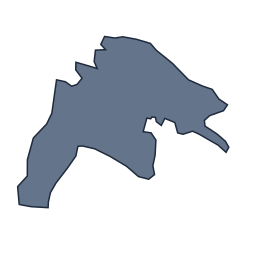 the district of Dzharkurgan, Surkhandarya, Uzbekistan, rotated 97°
{"feature_id": "79887680B28452062330935", "entity_name": "Dzharkurgan", "entity_type": "district", "adm_level": 2, "iso_a3": "UZB", "parent_name": "Uzbekistan", "parent_adm1": "Surkhandarya", "projection": "natural_earth1", "projection_center": [67.558, 37.554], "detail": "fine", "context": "isolated", "style": "filled", "palette": "slate", "viewbox_px": 256, "rotation_deg": 97, "n_neighbors": 0, "source": "geoboundaries", "source_scale": "gbopen_adm2", "svg_char_len": 1041}
<svg xmlns="http://www.w3.org/2000/svg" viewBox="0 0 256 256"><g transform="rotate(97 128 128)"><path d="M217.1,226.7L217.4,223.2L217.9,214.4L216.9,198.9L216.8,197.6L211.0,198.0L201.6,197.1L191.4,192.8L175.3,183.3L162.1,176.3L152.2,175.5L151.4,171.0L152.7,158.6L158.2,142.8L166.2,124.7L175.0,111.6L176.3,101.2L171.0,96.0L162.5,98.7L151.6,97.8L136.6,98.8L130.0,104.5L129.8,112.5L115.9,110.5L116.1,106.6L114.1,105.5L114.2,102.0L118.2,100.7L121.4,95.3L114.0,92.6L116.8,82.2L126.8,78.1L127.5,72.6L123.3,63.5L125.5,56.6L130.3,45.3L134.0,36.5L140.2,27.7L134.8,25.6L129.2,29.8L123.0,39.1L116.7,51.8L111.2,53.1L105.8,48.5L99.2,35.3L92.9,32.1L88.1,41.4L79.4,49.1L77.2,59.5L72.8,73.8L58.4,91.8L47.5,109.3L41.3,116.1L38.9,130.5L38.1,144.4L40.3,152.0L40.0,162.4L48.4,165.2L53.0,159.8L54.7,169.8L66.1,169.7L72.7,165.9L70.9,176.3L69.1,187.7L76.6,187.0L84.2,179.7L91.0,183.9L93.4,189.0L89.7,195.8L88.9,204.8L122.6,205.4L133.9,209.2L149.4,220.7L171.6,224.0L188.0,222.1L199.6,230.4L217.1,226.7Z" fill="#64748b" stroke="#1e293b" stroke-width="1.5"/></g></svg>